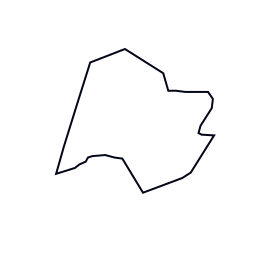 the border of Sveti Jurij, rotated 50°
{"feature_id": "SVN-1048", "entity_name": "Sveti Jurij", "entity_type": "Municipality", "adm_level": 1, "iso_a3": "SVN", "parent_name": "Slovenia", "parent_adm1": "", "projection": "albers", "projection_center": [16.036, 46.559], "detail": "fine", "context": "isolated", "style": "outline", "palette": "ink", "viewbox_px": 256, "rotation_deg": 50, "n_neighbors": 0, "source": "natural_earth", "source_scale": "10m", "svg_char_len": 484}
<svg xmlns="http://www.w3.org/2000/svg" viewBox="0 0 256 256"><g transform="rotate(50 128 128)"><path d="M65.5,79.6L108.7,65.8L125.4,73.2L130.0,67.6L137.2,60.9L151.8,43.5L160.3,44.3L166.6,51.0L172.9,71.0L177.2,77.2L180.4,75.9L189.0,66.8L202.5,108.6L201.2,118.5L187.2,158.1L147.8,152.0L142.1,157.2L134.0,162.9L126.6,173.4L124.9,177.6L126.6,182.1L124.7,188.5L124.5,194.3L116.9,212.5L101.1,189.2L75.6,149.5L53.5,114.8L65.5,79.6Z" fill="none" stroke="#020617" stroke-width="2"/></g></svg>